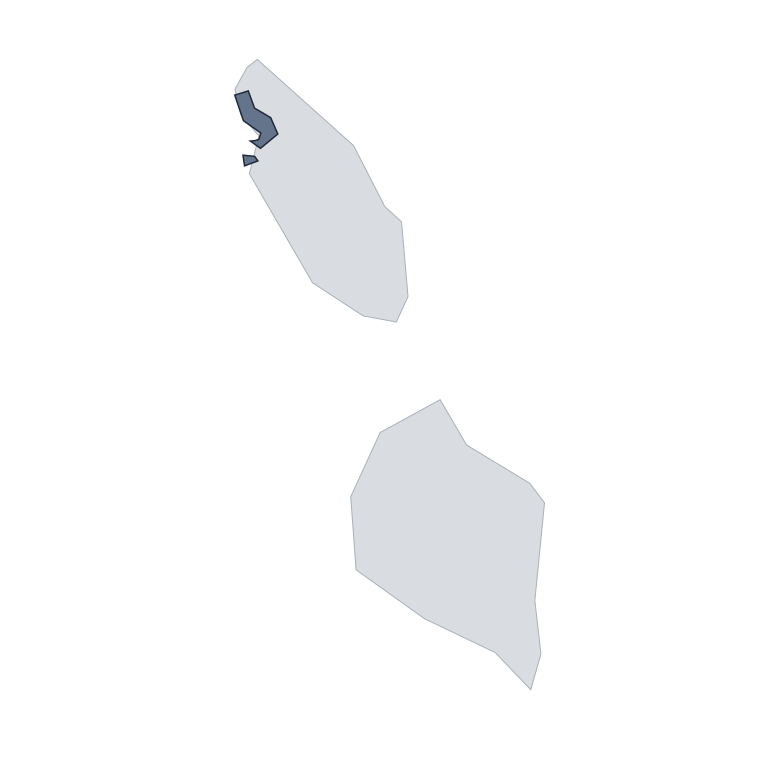 Va'a-o-Fonoti highlighted on a map of Samoa, rotated 222°
{"feature_id": "WSM-4988", "entity_name": "Va'a-o-Fonoti", "entity_type": "state/province", "adm_level": 1, "iso_a3": "WSM", "parent_name": "Samoa", "parent_adm1": "", "projection": "robinson", "projection_center": [-171.557, -13.938], "detail": "fine", "context": "in_parent", "style": "filled", "palette": "slate", "viewbox_px": 768, "rotation_deg": 222, "n_neighbors": 0, "source": "natural_earth", "source_scale": "10m", "svg_char_len": 761}
<svg xmlns="http://www.w3.org/2000/svg" viewBox="0 0 768 768"><g transform="rotate(222 384 384)"><path d="M280.4,227.2L333.3,278.0L354.4,345.4L331.8,409.9L281.8,393.9L209.3,407.7L185.2,403.1L127.0,324.0L86.7,288.4L70.4,255.0L121.8,258.8L196.7,236.7L280.4,227.2ZM695.4,540.4L566.1,540.8L502.2,516.4L479.5,516.2L424.7,465.1L416.3,438.3L445.0,420.7L504.8,411.4L624.8,450.2L642.9,484.6L670.5,488.3L692.0,503.3L697.6,527.4L695.4,540.4Z" fill="#d9dde1" stroke="#a8b0b8" stroke-width="1"/><path d="M645.9,475.1L642.8,478.4L640.7,482.0L643.4,488.1L664.6,485.6L688.2,498.8L681.0,511.0L664.8,502.4L646.4,506.1L630.2,498.7L633.5,476.5L645.9,475.1ZM633.6,452.8L641.9,459.7L632.4,466.6L627.0,465.4L633.6,452.8Z" fill="#64748b" stroke="#1e293b" stroke-width="1.5"/></g></svg>